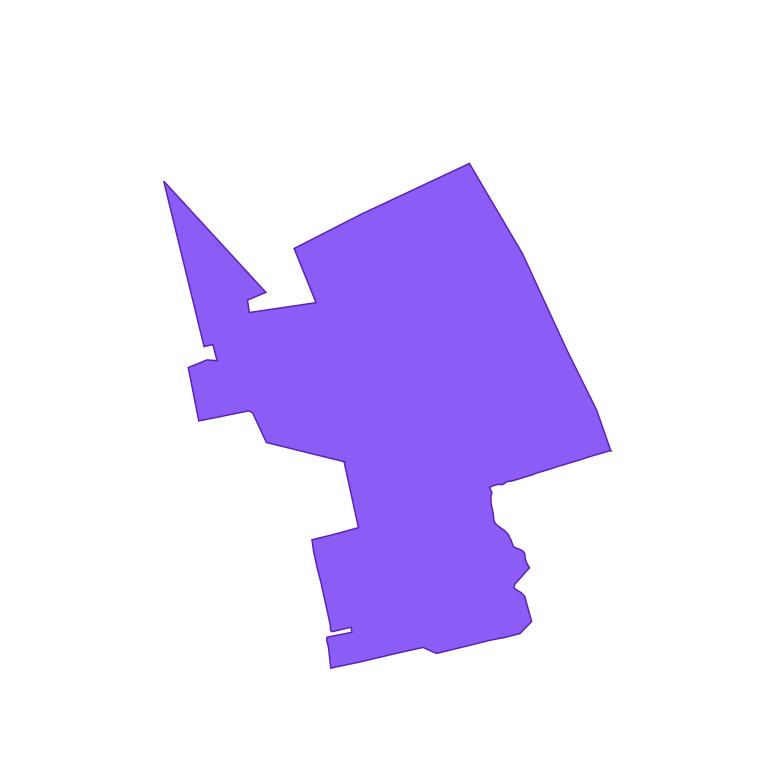 Santa María Guelacé, Oaxaca, Mexico (Mercator projection), rotated 151°
{"feature_id": "50627088B91353096656527", "entity_name": "Santa María Guelacé", "entity_type": "district", "adm_level": 2, "iso_a3": "MEX", "parent_name": "Mexico", "parent_adm1": "Oaxaca", "projection": "mercator", "projection_center": [-96.612, 16.991], "detail": "fine", "context": "isolated", "style": "filled", "palette": "violet", "viewbox_px": 768, "rotation_deg": 151, "n_neighbors": 0, "source": "geoboundaries", "source_scale": "gbopen_adm2", "svg_char_len": 1922}
<svg xmlns="http://www.w3.org/2000/svg" viewBox="0 0 768 768"><g transform="rotate(151 384 384)"><path d="M199.7,431.1L200.3,453.9L202.4,535.5L320.7,543.5L396.9,546.1L404.0,488.1L467.1,511.8L462.7,523.6L442.9,521.4L462.6,602.9L478.3,668.2L523.2,504.0L514.5,501.4L518.7,485.3L527.2,490.9L547.2,493.3L563.9,441.5L515.3,426.1L512.9,422.6L515.2,389.8L455.9,334.8L456.9,334.4L475.6,272.0L476.0,270.7L504.0,277.6L522.5,282.7L526.8,271.6L531.4,256.2L531.9,254.5L535.3,241.3L540.5,223.8L540.7,223.2L541.5,220.3L547.9,199.1L550.2,194.3L549.7,192.8L549.1,192.4L532.0,187.6L530.9,187.3L531.3,186.0L532.4,182.4L556.6,190.2L558.5,187.2L560.2,180.6L568.3,161.3L552.2,156.4L541.8,153.1L527.8,149.2L508.2,143.7L494.4,139.7L477.4,134.6L475.6,132.0L472.2,127.5L470.6,125.4L468.7,122.9L451.9,118.3L432.5,113.0L416.6,108.8L400.4,103.6L386.2,99.8L370.0,104.7L367.8,113.9L365.9,121.7L363.9,129.9L365.1,134.7L369.3,142.4L367.3,144.8L366.4,145.5L364.4,146.4L362.1,147.0L358.5,148.3L351.4,150.9L345.9,152.7L345.9,154.6L345.9,159.0L345.6,160.7L344.6,164.1L344.0,165.6L343.3,166.8L343.1,168.5L343.5,170.2L344.2,171.6L345.1,173.1L346.8,175.1L348.1,176.7L349.2,178.3L349.7,179.5L349.3,181.0L348.6,185.9L348.6,189.4L348.6,191.2L348.1,191.4L348.2,191.7L348.4,192.4L348.6,193.4L349.5,196.8L350.1,198.4L352.1,202.5L353.6,205.7L354.2,208.3L354.3,210.6L353.2,213.3L353.1,213.6L352.9,214.1L351.7,216.7L350.5,220.1L349.7,222.6L348.9,225.8L347.2,230.0L346.3,231.2L345.5,233.1L344.5,234.6L342.6,236.0L342.2,237.9L342.0,239.7L341.9,242.4L338.6,242.2L335.4,241.6L332.8,240.9L330.9,239.5L329.6,238.8L327.8,238.5L326.2,238.7L324.4,239.0L322.0,238.4L319.9,237.4L315.8,236.4L300.9,233.3L298.7,232.7L295.8,232.4L294.0,232.2L292.8,231.9L285.0,230.2L279.9,229.1L269.6,227.2L269.0,226.9L248.6,222.5L244.6,221.8L235.0,219.8L231.1,218.9L219.6,216.3L217.9,215.5L218.0,215.7L210.7,258.1L207.6,324.9L199.7,431.1Z" fill="#8b5cf6" stroke="#5b21b6" stroke-width="1.5"/></g></svg>